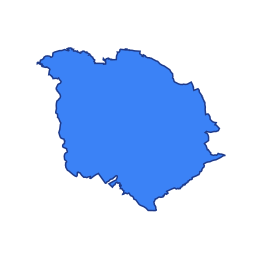 outline of Pausesti, Vâlcea, Romania, rotated 10°
{"feature_id": "2599482B2122771532441", "entity_name": "Pausesti", "entity_type": "district", "adm_level": 2, "iso_a3": "ROU", "parent_name": "Romania", "parent_adm1": "Vâlcea", "projection": "natural_earth1", "projection_center": [24.126, 45.067], "detail": "fine", "context": "isolated", "style": "filled", "palette": "blue", "viewbox_px": 256, "rotation_deg": 10, "n_neighbors": 0, "source": "geoboundaries", "source_scale": "gbopen_adm2", "svg_char_len": 5711}
<svg xmlns="http://www.w3.org/2000/svg" viewBox="0 0 256 256"><g transform="rotate(10 128 128)"><path d="M228.7,138.2L226.6,137.7L224.5,137.5L222.8,137.7L221.2,137.4L220.8,138.3L220.0,139.4L218.4,139.4L216.9,140.1L214.6,139.8L213.8,139.2L213.9,138.2L212.6,137.3L210.7,135.4L210.0,135.7L208.0,131.9L205.9,130.1L206.0,129.9L209.5,126.4L208.9,122.8L208.1,121.1L207.0,119.8L204.8,119.1L205.9,117.7L206.6,117.9L210.2,117.9L213.3,116.5L215.3,116.2L217.4,114.9L218.1,112.6L214.2,109.7L213.1,109.7L213.9,107.4L212.2,107.5L210.1,107.1L207.5,105.3L206.7,102.6L205.3,100.9L204.5,100.3L203.4,100.5L202.1,101.3L200.7,96.0L200.5,94.0L199.6,91.5L199.4,89.9L199.0,89.1L198.4,88.9L198.3,88.3L196.3,85.6L196.2,84.8L195.3,84.4L195.3,83.5L194.0,82.3L193.4,81.5L192.3,80.6L191.8,79.7L191.8,79.3L191.4,78.3L190.1,77.2L186.3,79.5L184.9,76.0L185.1,76.0L183.9,74.0L182.3,71.8L178.7,74.6L177.1,75.1L175.0,75.2L174.1,75.7L172.1,76.0L170.1,75.8L165.8,74.5L165.3,74.1L164.1,71.6L163.2,71.0L163.2,69.3L162.7,68.0L162.6,67.0L160.4,65.2L159.0,63.4L152.8,60.6L150.9,60.3L148.3,59.3L145.6,57.2L144.2,57.1L140.1,55.8L139.1,55.3L137.5,55.3L136.9,55.1L135.1,55.4L132.7,54.6L132.6,54.0L130.5,53.3L130.4,55.0L129.4,54.8L129.5,53.9L128.5,53.7L126.7,52.8L126.6,52.3L126.6,50.3L121.2,50.9L118.4,50.8L115.9,51.3L115.9,50.9L113.2,51.3L113.2,50.4L111.9,50.6L111.9,51.0L111.6,51.0L111.7,51.5L106.9,51.8L106.5,52.3L106.6,53.4L106.0,54.9L104.3,55.1L104.8,55.9L104.8,56.3L104.2,59.0L104.6,62.6L102.3,63.2L100.0,63.4L100.1,63.6L99.4,63.7L99.4,63.2L97.0,63.4L97.1,62.8L96.4,62.6L95.7,63.1L94.8,63.5L94.0,64.5L93.4,64.8L92.6,64.6L91.7,63.8L91.7,65.1L93.2,65.7L93.9,66.2L94.3,66.0L94.8,67.8L94.6,67.9L94.8,68.9L92.9,69.4L92.8,68.6L84.2,70.1L84.2,69.3L83.0,68.5L83.4,67.4L83.3,66.6L82.2,66.5L82.0,65.8L81.0,65.0L81.0,64.5L79.3,63.9L78.8,63.3L78.7,63.0L77.9,62.5L77.1,62.8L77.4,62.3L77.4,61.9L74.9,61.1L74.3,60.3L74.0,60.4L73.7,61.1L71.4,60.0L70.3,60.1L69.6,60.6L69.3,61.2L68.5,61.3L68.4,62.5L67.9,62.6L66.7,62.0L65.3,61.9L65.0,61.1L64.7,60.9L64.6,61.0L64.7,61.4L64.4,61.6L63.8,61.6L62.9,61.2L61.3,61.7L60.9,61.5L60.9,60.9L60.4,60.5L60.6,60.0L59.9,60.1L59.1,60.4L59.0,59.6L58.8,59.3L57.0,59.2L56.1,59.9L55.7,59.6L54.3,60.5L56.3,61.7L56.1,62.2L54.4,62.2L52.0,61.7L49.4,63.2L47.1,63.7L42.3,66.1L41.1,67.2L41.3,70.1L41.1,70.8L40.1,71.7L39.8,71.8L38.9,71.1L37.9,70.9L36.2,71.0L34.5,71.5L33.1,72.8L32.9,73.1L32.9,74.4L32.4,74.6L31.4,75.7L30.3,76.2L30.0,76.6L30.1,77.8L29.9,78.4L29.4,78.8L27.7,79.0L27.3,79.6L27.5,80.4L28.2,79.6L28.5,79.5L29.6,80.3L30.6,79.6L31.4,80.1L32.3,80.1L32.2,80.4L31.4,80.7L33.2,81.3L32.4,82.0L32.6,82.3L36.1,82.6L37.1,82.4L37.1,82.1L37.7,82.1L39.4,82.8L40.4,83.3L40.9,83.9L40.6,85.4L40.7,89.2L41.1,89.0L42.0,89.1L42.7,89.7L43.4,89.9L44.0,90.6L44.3,90.5L45.1,91.4L45.6,92.4L48.3,91.6L49.1,91.5L50.0,91.8L51.0,90.8L52.0,92.1L54.0,93.7L53.9,94.9L53.5,95.7L51.9,96.8L51.4,97.4L50.4,101.0L50.5,101.9L50.9,102.7L51.4,102.8L51.8,103.8L52.7,104.3L53.5,105.3L54.5,105.9L55.3,106.9L56.0,108.3L56.0,109.7L55.8,110.3L55.0,111.3L54.6,112.4L53.6,113.3L53.3,114.1L53.2,116.0L53.4,118.1L54.2,121.5L54.1,124.1L54.2,125.4L54.4,125.8L56.2,126.6L56.8,129.2L56.7,129.6L58.1,130.6L59.8,133.3L61.0,134.7L60.8,136.3L61.1,141.1L60.7,144.5L62.1,147.4L63.3,149.3L65.0,149.9L66.9,150.1L67.5,151.6L68.1,151.8L67.9,152.8L68.1,154.4L67.2,155.1L66.8,155.9L66.7,156.5L66.9,157.6L67.2,158.0L67.8,158.3L71.1,159.0L71.4,160.2L71.8,160.6L72.3,161.5L72.3,162.3L71.0,163.4L70.2,164.7L70.1,166.8L71.0,169.9L71.4,170.4L72.6,170.9L73.4,171.8L73.4,172.3L72.6,173.3L73.0,174.3L72.8,175.3L73.2,176.0L73.6,177.5L75.7,180.1L77.2,180.6L82.3,183.6L84.4,184.5L85.6,184.7L86.1,184.0L86.2,183.1L86.0,182.6L85.9,180.5L86.8,180.1L87.3,180.5L88.5,180.5L90.6,182.6L93.0,184.2L94.6,183.8L96.1,184.0L97.3,183.1L99.4,182.3L99.6,183.1L99.3,184.0L100.1,184.1L102.7,181.3L104.8,179.3L106.3,178.3L106.7,177.9L115.3,186.3L116.3,185.8L116.6,184.7L118.2,183.7L119.6,181.6L121.5,180.8L121.8,180.5L122.3,179.8L122.3,179.5L123.3,178.7L123.8,177.8L124.7,177.0L125.7,177.2L126.0,178.3L125.4,181.2L122.7,183.1L118.9,186.3L122.9,189.0L123.8,187.0L125.0,186.0L125.3,184.7L126.0,183.6L126.6,183.3L127.2,184.0L128.0,184.1L128.5,183.5L129.4,183.6L129.7,183.8L129.8,184.7L129.6,185.9L129.9,186.3L130.0,186.8L130.5,186.9L130.6,185.4L131.2,185.6L131.2,186.2L130.7,187.4L130.9,187.8L130.9,189.0L132.6,188.8L132.8,189.3L133.8,190.2L134.8,190.5L134.9,192.1L135.2,192.6L134.2,194.1L134.2,194.3L135.1,193.9L136.8,192.4L138.7,192.9L139.9,192.0L140.3,192.0L142.2,194.1L144.5,194.6L145.6,195.7L146.0,196.9L148.3,197.5L152.1,201.2L153.5,201.9L157.2,202.7L159.7,203.8L162.2,205.7L169.2,204.6L169.9,204.2L170.1,203.9L170.0,203.5L169.5,203.0L169.0,200.9L168.6,200.3L167.2,198.8L166.9,197.7L166.3,196.4L166.3,196.2L166.8,195.5L167.0,194.1L167.4,193.5L167.3,193.1L168.7,192.5L169.0,191.9L170.3,190.8L171.2,190.5L172.3,190.6L174.4,189.8L174.7,189.4L174.5,188.5L175.3,188.3L175.2,187.8L176.0,186.3L176.7,186.4L177.1,186.2L177.5,186.5L178.7,185.2L177.1,183.7L181.8,180.4L184.1,179.0L184.8,179.1L185.5,179.5L186.5,179.6L187.2,178.9L188.4,179.1L188.8,178.6L189.6,178.8L190.1,178.5L190.0,177.4L191.2,176.6L191.5,175.7L192.0,175.4L191.9,174.6L192.3,174.4L193.1,174.4L193.0,173.8L193.2,173.7L194.2,173.8L194.3,173.3L194.1,172.7L195.4,172.0L195.6,171.3L196.6,170.6L196.4,169.8L197.5,169.1L197.8,168.2L199.3,167.8L200.1,167.1L200.1,166.7L199.8,166.3L199.8,165.6L204.1,162.9L204.7,162.2L205.8,161.7L206.0,161.3L206.5,159.4L206.3,158.7L206.6,158.3L207.6,158.1L208.1,157.0L207.9,156.0L208.2,155.5L208.8,154.0L209.5,153.4L209.7,151.9L208.8,150.5L209.1,149.9L210.0,149.3L210.7,148.6L212.3,147.7L214.7,146.9L216.5,145.6L218.3,144.7L220.2,144.0L224.6,140.7L226.4,139.0L227.2,138.5L228.7,138.2Z" fill="#3b82f6" stroke="#1e3a8a" stroke-width="1.5"/></g></svg>